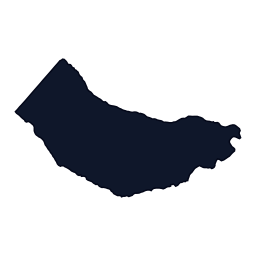 the district of Novo Horizonte do Sul, Mato Grosso do Sul, Brazil
{"feature_id": "56859067B76209061716902", "entity_name": "Novo Horizonte do Sul", "entity_type": "district", "adm_level": 2, "iso_a3": "BRA", "parent_name": "Brazil", "parent_adm1": "Mato Grosso do Sul", "projection": "orthographic", "projection_center": [-53.752, -22.582], "detail": "fine", "context": "isolated", "style": "filled", "palette": "ink", "viewbox_px": 256, "rotation_deg": 0, "n_neighbors": 0, "source": "geoboundaries", "source_scale": "gbopen_adm2", "svg_char_len": 3763}
<svg xmlns="http://www.w3.org/2000/svg" viewBox="0 0 256 256"><path d="M15.4,111.7L16.6,113.2L18.0,114.2L19.5,115.3L20.9,116.8L22.4,118.2L23.4,119.0L24.5,119.8L25.3,121.4L26.5,122.0L28.4,121.4L30.3,122.4L32.1,124.0L33.6,125.3L34.3,127.2L34.3,129.1L34.3,130.9L34.8,132.4L35.5,133.9L36.4,135.0L37.6,135.8L38.8,136.8L40.6,137.6L42.7,139.4L44.1,141.3L44.9,143.5L45.3,144.8L46.2,145.9L47.2,147.4L48.2,149.1L49.8,151.0L50.6,152.6L51.7,153.8L52.4,154.9L53.0,156.3L54.3,157.8L55.4,160.0L56.6,161.8L57.4,163.8L58.6,165.2L60.4,166.2L61.7,165.7L63.5,165.7L64.9,166.7L66.3,167.3L68.1,168.3L70.1,169.6L71.5,170.9L72.6,171.4L73.9,172.0L75.1,172.3L76.2,173.3L77.5,174.8L79.1,175.4L80.7,174.8L81.4,176.3L83.5,176.1L85.5,176.6L86.3,177.7L86.6,179.1L88.0,180.1L89.9,180.8L92.0,181.6L93.6,183.1L94.8,183.8L96.0,184.5L97.2,184.1L98.5,185.1L99.3,186.2L100.6,186.9L101.8,187.4L103.6,187.3L106.0,187.8L107.9,188.5L109.5,188.9L110.5,189.7L111.3,191.1L112.8,192.1L113.8,193.6L115.7,194.6L117.5,195.5L120.6,195.5L121.5,196.8L123.2,196.2L124.9,196.2L126.9,195.5L128.8,196.5L130.8,195.8L132.2,195.3L133.3,194.1L134.9,193.2L136.3,193.2L138.1,193.1L139.4,192.9L140.8,192.2L142.8,191.7L144.6,190.8L145.9,190.3L147.5,190.0L149.6,190.0L151.2,190.6L152.4,189.1L153.9,188.3L156.0,188.0L157.7,188.0L159.4,188.0L161.5,188.3L163.2,188.8L164.8,188.2L166.1,187.3L167.8,186.6L169.3,186.6L170.6,186.1L170.7,184.6L172.0,184.6L173.2,184.0L174.5,184.9L175.7,186.2L177.7,185.2L179.1,183.5L180.1,182.5L181.9,182.3L183.7,181.4L185.3,181.6L186.4,180.7L187.7,180.6L188.1,178.8L188.8,177.0L189.4,175.0L190.5,173.5L191.7,172.5L192.5,171.4L193.5,170.0L194.6,168.5L195.7,167.7L197.3,166.7L199.3,165.5L201.1,166.3L203.3,167.4L205.0,167.6L206.4,167.5L208.1,167.9L210.2,167.5L211.7,168.5L212.9,168.1L214.2,167.1L214.9,165.6L214.9,164.0L215.5,162.5L216.4,160.3L217.5,159.0L219.3,159.3L221.4,160.7L223.7,159.9L225.5,158.7L227.5,157.3L229.4,156.1L230.9,154.4L231.9,153.3L233.4,151.9L234.5,151.0L234.7,149.2L233.8,148.1L231.8,146.6L230.6,144.6L229.8,143.4L229.3,142.1L229.5,140.6L230.6,138.8L232.1,137.2L233.6,136.5L235.4,136.8L236.8,137.4L238.0,138.0L239.5,138.6L240.6,137.7L239.9,135.6L239.1,133.5L239.4,132.0L240.1,130.7L239.4,128.7L238.0,127.6L235.9,125.9L234.6,125.1L232.9,124.9L230.2,125.5L227.4,126.7L225.6,127.1L223.7,126.9L222.0,126.4L220.6,125.7L219.6,124.4L218.7,123.2L217.5,122.6L216.0,122.7L214.4,122.8L213.3,121.8L212.1,122.2L210.8,121.8L209.4,121.4L207.8,121.3L206.1,121.0L204.3,120.0L202.6,118.4L200.7,117.5L199.0,117.0L197.2,116.4L194.8,116.4L192.4,116.5L190.1,116.3L188.4,116.3L186.7,117.5L185.0,118.5L183.3,118.4L181.7,118.6L180.3,119.3L179.0,120.0L177.1,121.2L175.4,122.0L173.9,122.0L172.1,122.7L169.9,122.8L167.5,122.4L165.4,122.2L163.7,122.3L162.4,121.4L161.1,120.8L159.4,120.5L157.2,120.0L155.7,119.2L154.1,118.9L152.5,119.1L151.1,118.4L149.6,117.8L148.2,117.4L146.7,116.9L145.2,115.5L143.9,114.5L142.3,113.9L140.4,113.4L139.1,113.6L138.0,112.9L136.7,112.3L135.4,112.1L134.0,112.1L132.3,112.4L130.5,112.1L128.4,111.5L126.9,111.4L125.7,110.9L123.9,110.4L122.4,109.9L120.9,109.0L119.7,108.6L118.2,107.8L116.8,106.9L115.0,106.4L113.7,106.1L111.5,105.8L109.6,105.3L108.2,104.6L106.9,103.0L105.4,101.8L103.8,102.0L102.5,101.4L101.5,100.3L100.1,99.2L98.5,98.4L97.2,97.5L95.6,96.5L93.4,95.3L92.2,93.7L91.0,92.3L89.0,91.0L87.3,89.2L86.8,87.2L86.1,85.7L85.5,84.2L84.5,81.9L82.6,79.9L81.8,77.5L80.3,76.3L79.2,75.0L78.5,73.5L78.1,72.2L76.9,71.2L75.9,70.2L74.5,69.7L74.0,68.1L72.3,67.5L71.3,65.7L70.4,64.7L68.8,64.5L67.6,64.1L66.9,62.4L65.8,61.0L64.1,59.4L62.5,59.2L61.4,60.2L60.0,60.7L57.2,64.0L56.2,65.1L54.7,66.8L52.3,69.6L49.2,73.2L43.1,80.1L40.5,83.2L31.4,93.6L29.2,96.2L25.4,100.6L21.0,105.5L19.8,106.7L18.8,107.9L17.4,109.6L16.3,110.7L15.4,111.7Z" fill="#0f172a" stroke="#020617" stroke-width="1.5"/></svg>